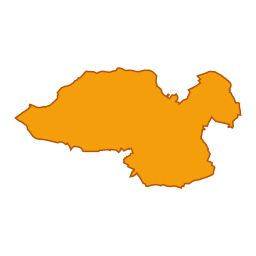 Sanmihaiu De Campie, Bistrita-Nasaud, Romania (Robinson projection)
{"feature_id": "2599482B31032978484470", "entity_name": "Sanmihaiu De Campie", "entity_type": "district", "adm_level": 2, "iso_a3": "ROU", "parent_name": "Romania", "parent_adm1": "Bistrita-Nasaud", "projection": "robinson", "projection_center": [24.329, 46.892], "detail": "fine", "context": "isolated", "style": "filled", "palette": "amber", "viewbox_px": 256, "rotation_deg": 0, "n_neighbors": 0, "source": "geoboundaries", "source_scale": "gbopen_adm2", "svg_char_len": 5679}
<svg xmlns="http://www.w3.org/2000/svg" viewBox="0 0 256 256"><path d="M214.7,167.1L213.7,166.3L213.0,165.9L212.1,165.6L211.7,165.3L211.9,164.7L212.1,162.6L207.2,160.8L208.2,158.7L209.3,156.5L209.6,155.3L210.0,154.4L210.0,154.2L210.0,153.6L209.7,153.2L209.1,152.3L208.9,151.9L208.8,151.7L208.4,151.4L208.1,150.8L208.0,149.7L208.1,149.3L208.2,148.8L206.7,145.9L205.7,144.1L205.2,143.4L203.4,141.9L202.8,140.2L202.1,139.5L201.6,139.1L201.0,138.6L201.3,137.8L201.1,137.2L200.8,136.6L201.7,135.3L201.8,133.0L202.1,131.9L202.3,131.0L202.4,129.4L203.9,129.8L204.9,129.4L205.0,129.2L204.0,128.5L203.3,127.6L203.2,127.4L203.0,126.0L207.4,126.1L208.4,122.9L210.7,119.0L211.6,117.0L215.6,121.2L229.6,124.4L228.2,126.7L228.2,127.2L228.5,127.4L229.9,126.9L230.6,126.9L231.8,127.3L231.8,127.6L232.6,127.9L233.0,126.9L233.3,126.2L232.8,122.9L232.8,122.0L232.8,121.6L235.0,119.3L236.1,118.4L237.0,118.0L237.3,117.8L237.7,116.5L237.8,115.7L237.7,114.8L240.6,115.1L240.2,111.1L239.4,106.8L239.3,105.4L239.4,103.4L238.4,102.8L236.9,102.9L236.5,102.8L235.7,102.9L235.5,102.5L235.1,101.4L234.3,99.1L233.3,97.2L233.0,96.7L232.4,96.0L231.7,94.6L230.8,92.6L230.1,92.5L229.5,92.3L229.8,91.2L230.2,90.1L229.2,89.6L230.6,87.2L230.9,85.1L230.5,83.0L229.6,82.2L228.7,81.6L228.7,81.2L228.1,80.5L227.9,80.4L227.3,80.2L226.5,79.6L225.1,78.1L223.8,77.7L223.1,77.0L222.6,76.3L222.0,76.0L221.4,75.5L215.0,71.9L211.0,71.4L208.3,71.9L206.8,72.7L204.8,73.5L199.4,75.3L198.2,75.6L197.4,75.9L200.4,79.3L198.5,80.5L200.3,82.9L196.4,85.9L188.4,89.9L189.4,91.5L189.8,92.2L189.8,92.8L189.5,93.3L188.9,94.4L188.7,94.8L188.5,95.8L187.9,96.5L187.8,97.0L187.6,97.6L187.3,98.3L186.9,98.7L186.4,99.1L183.0,100.4L182.0,101.2L179.2,104.0L178.9,103.0L178.3,102.3L176.4,101.8L175.6,101.4L176.5,100.4L177.1,100.0L177.6,99.2L177.8,98.4L177.8,97.4L177.7,96.6L176.1,94.1L175.5,94.5L175.4,94.7L175.2,94.6L174.9,95.0L174.2,95.4L173.5,95.4L172.9,95.0L172.5,95.0L172.1,95.1L171.8,95.3L170.0,98.0L169.6,98.7L167.3,97.2L168.2,95.7L169.0,94.8L168.2,94.2L167.5,95.0L166.4,96.6L163.4,94.6L163.5,94.5L163.3,94.3L162.5,93.4L161.9,92.4L161.7,91.8L161.6,90.8L161.4,90.4L160.8,89.6L160.9,89.4L160.9,89.1L160.7,88.9L160.2,88.9L159.8,88.5L159.6,88.1L158.4,87.0L157.5,86.7L156.8,86.1L156.7,85.9L157.1,85.1L156.8,84.9L156.0,82.4L156.1,79.4L156.3,78.5L156.3,78.1L156.3,77.2L156.6,76.6L156.6,76.1L156.4,75.7L155.8,75.0L155.3,74.3L152.8,71.9L152.3,71.7L151.8,71.3L151.4,71.1L150.4,70.6L149.3,70.4L148.5,70.3L147.8,70.2L146.7,70.4L144.9,70.2L144.3,70.2L143.5,70.4L142.8,70.7L142.0,70.9L140.9,71.1L139.8,71.6L139.3,71.6L136.6,71.5L134.7,71.3L133.6,70.9L132.5,70.5L131.5,70.4L129.2,70.2L128.1,70.3L126.2,70.5L125.1,70.4L121.9,68.7L120.6,68.3L119.4,68.1L118.2,68.0L117.5,68.4L116.8,69.1L116.1,70.2L115.4,70.8L113.6,70.9L112.2,71.3L110.9,71.8L109.8,72.2L108.3,72.2L103.5,71.4L101.8,71.4L100.7,71.6L98.6,72.4L97.1,73.2L95.6,72.9L94.7,72.1L93.4,71.8L92.5,71.7L90.7,71.6L88.8,71.6L88.2,71.7L86.4,71.2L86.1,71.5L85.3,72.2L84.9,72.4L84.7,72.4L84.6,72.7L84.2,73.1L84.2,73.4L83.7,74.0L80.2,77.8L79.8,78.0L78.7,77.8L77.8,78.7L77.7,79.1L77.5,79.3L76.5,80.2L74.6,81.0L74.4,81.6L73.4,82.6L73.3,82.8L73.1,83.1L72.8,83.3L71.2,84.3L70.0,85.1L69.0,85.6L67.9,85.9L65.0,86.4L63.4,87.1L61.8,87.7L61.5,87.9L61.3,88.0L60.8,88.6L59.9,89.5L58.7,91.3L57.9,92.0L57.6,92.1L57.4,92.4L57.4,92.9L58.2,94.7L57.9,95.3L57.7,95.4L57.5,95.7L57.4,96.0L57.6,97.5L57.5,98.2L57.4,98.4L56.0,99.9L54.4,101.5L53.5,102.2L50.8,104.7L50.2,105.3L49.6,105.5L47.0,106.3L45.1,107.1L44.7,107.2L44.3,107.0L44.0,106.6L43.7,106.6L43.1,106.7L40.8,107.5L39.3,107.6L37.6,107.5L35.8,106.9L33.3,105.6L29.8,104.4L29.4,105.1L29.6,105.2L30.5,106.5L29.5,107.0L29.0,107.8L28.8,108.4L24.4,111.6L23.1,112.2L20.9,114.0L15.4,117.9L17.1,119.4L18.7,120.6L21.6,122.0L22.7,122.7L23.4,123.1L24.2,124.1L25.8,124.8L26.3,125.2L26.5,125.6L27.2,126.8L27.5,129.4L28.4,130.2L31.7,134.4L32.8,136.1L35.5,138.3L36.1,138.4L36.9,138.7L39.1,139.2L40.0,139.3L40.5,139.2L41.5,139.3L42.4,139.3L47.8,140.3L49.8,140.8L56.0,142.3L57.3,142.7L58.0,142.7L58.7,142.4L59.7,141.9L60.4,141.9L61.5,142.0L62.9,142.5L63.8,143.0L64.8,143.7L65.8,144.5L67.4,143.3L70.0,147.0L70.7,149.9L72.2,147.8L73.4,146.8L74.5,146.4L77.5,146.7L78.3,146.9L79.4,147.2L80.7,147.8L81.3,148.3L81.7,148.8L82.0,149.2L82.2,149.7L82.7,150.2L83.0,150.6L83.2,151.4L98.6,151.4L99.2,150.9L99.4,150.4L99.7,150.3L100.6,150.2L101.6,150.2L105.7,149.8L107.3,149.7L108.3,149.8L110.2,150.3L110.2,149.5L113.3,149.7L116.0,150.0L116.6,150.5L118.8,152.3L119.3,151.8L120.2,150.6L120.7,149.8L120.8,149.3L120.7,148.8L121.1,148.3L122.8,149.5L123.8,150.9L124.7,150.4L128.6,148.5L129.2,149.4L131.3,148.4L132.9,153.0L131.0,153.5L130.8,153.6L129.9,155.3L128.4,156.3L127.6,156.7L126.7,156.5L126.2,157.5L126.0,157.8L125.4,158.0L124.7,158.1L124.4,158.4L124.5,158.9L124.5,159.1L124.4,159.3L124.2,159.5L123.9,159.6L123.8,159.9L124.1,160.3L124.1,160.8L124.0,161.6L123.6,162.6L128.4,165.1L127.7,166.5L130.0,167.7L134.2,169.3L133.3,170.1L133.9,170.6L131.9,172.2L130.3,176.7L132.9,176.2L135.0,175.0L136.8,173.0L140.6,178.7L143.0,183.1L145.6,184.2L145.8,186.0L146.4,186.2L147.5,186.3L148.2,186.2L148.8,186.0L150.0,185.6L151.2,185.3L154.7,184.7L155.6,184.6L156.5,184.7L158.9,185.1L159.9,185.4L160.7,185.7L163.2,184.5L166.3,185.9L168.7,186.4L170.2,186.5L171.8,186.3L174.7,185.9L175.6,186.1L177.7,186.9L180.6,187.7L181.3,188.0L182.0,186.1L183.7,186.5L184.5,183.7L185.8,183.8L186.0,183.6L187.3,183.5L188.8,183.8L190.3,182.7L192.0,181.7L193.8,180.7L195.3,180.1L196.8,180.1L197.7,179.9L199.9,179.4L201.3,178.8L202.0,178.7L203.5,178.1L206.8,177.1L207.9,176.6L209.3,176.1L212.1,174.8L212.8,174.2L213.4,173.4L213.5,172.9L213.6,171.4L213.8,170.1L214.6,167.9L214.7,167.1Z" fill="#f59e0b" stroke="#b45309" stroke-width="1.5"/></svg>